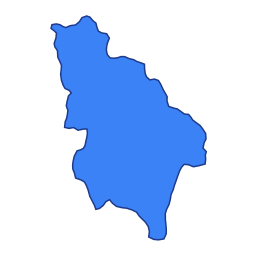 Bugre, Minas Gerais, Brazil (Natural Earth projection), rotated 181°
{"feature_id": "56859067B89432192143987", "entity_name": "Bugre", "entity_type": "district", "adm_level": 2, "iso_a3": "BRA", "parent_name": "Brazil", "parent_adm1": "Minas Gerais", "projection": "natural_earth1", "projection_center": [-42.308, -19.357], "detail": "fine", "context": "isolated", "style": "filled", "palette": "blue", "viewbox_px": 256, "rotation_deg": 181, "n_neighbors": 0, "source": "geoboundaries", "source_scale": "gbopen_adm2", "svg_char_len": 1893}
<svg xmlns="http://www.w3.org/2000/svg" viewBox="0 0 256 256"><g transform="rotate(181 128 128)"><path d="M50.3,93.3L49.8,98.3L50.2,102.3L49.3,105.7L52.6,109.2L51.7,114.4L49.8,118.4L50.3,123.9L53.2,128.3L56.0,131.8L60.2,134.7L63.5,137.2L65.3,139.9L67.6,142.6L72.0,143.0L76.2,146.0L79.0,147.9L82.2,148.6L87.7,150.3L89.5,155.8L89.4,160.0L91.2,163.1L93.6,167.2L96.1,172.4L98.4,176.0L102.3,177.4L107.0,176.5L110.3,179.4L111.7,182.6L112.4,187.1L112.7,192.1L116.5,193.5L120.4,194.7L123.5,196.4L128.1,197.4L132.6,199.3L136.1,199.3L139.6,198.1L143.1,197.5L147.1,197.8L150.0,201.0L151.0,205.4L150.7,209.4L149.9,213.0L148.2,217.5L151.0,221.9L155.9,222.6L159.3,224.3L160.8,228.1L161.9,232.3L165.2,234.9L168.0,238.2L171.3,239.3L176.0,237.5L178.3,233.6L182.3,230.1L187.6,229.3L191.9,227.3L195.0,228.4L197.8,230.1L201.6,230.8L205.8,230.0L206.7,226.2L203.5,223.9L201.2,221.7L201.6,216.7L203.3,211.2L202.5,207.8L199.9,204.1L199.4,197.5L197.4,193.5L195.6,189.4L195.8,185.3L196.3,180.6L195.4,174.7L193.5,169.5L191.6,166.4L187.7,164.7L185.3,162.1L188.1,159.0L189.3,153.7L190.1,149.1L188.4,144.5L188.9,140.2L189.6,136.5L190.9,133.3L191.4,127.5L187.0,126.6L182.4,127.5L177.9,124.9L172.4,126.2L169.0,126.2L168.5,121.6L169.2,117.1L170.0,113.4L170.6,109.9L172.3,106.8L175.2,105.3L178.5,104.3L181.2,98.9L182.3,93.7L182.7,89.6L182.4,85.9L180.7,81.8L179.5,77.0L174.2,75.3L170.5,73.2L168.3,69.1L166.7,65.0L164.9,58.8L162.6,54.6L160.3,50.3L158.7,46.1L155.1,47.1L151.4,50.1L148.9,53.9L145.2,56.0L142.2,52.5L138.1,49.4L132.4,48.2L127.9,47.8L122.4,46.1L118.0,44.0L115.2,40.1L112.4,37.4L108.9,34.1L106.0,29.8L104.8,24.8L105.4,19.4L100.4,17.1L95.7,16.7L90.2,17.7L88.0,22.7L87.9,27.0L88.3,31.0L89.0,36.8L89.2,43.2L87.9,47.6L85.7,52.1L84.5,57.1L83.8,62.2L81.7,67.2L80.7,71.1L79.2,75.5L77.6,80.5L75.6,86.1L73.6,90.0L71.1,92.7L66.8,92.3L61.9,90.4L57.0,91.4L50.3,93.3Z" fill="#3b82f6" stroke="#1e3a8a" stroke-width="1.5"/></g></svg>